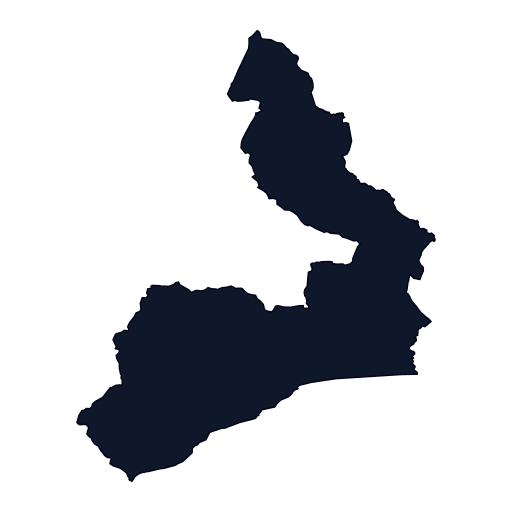 the district of Mfantseman Municipal, Central, Ghana
{"feature_id": "2480657B5340678211162", "entity_name": "Mfantseman Municipal", "entity_type": "district", "adm_level": 2, "iso_a3": "GHA", "parent_name": "Ghana", "parent_adm1": "Central", "projection": "albers", "projection_center": [-1.11, 5.277], "detail": "fine", "context": "isolated", "style": "filled", "palette": "ink", "viewbox_px": 512, "rotation_deg": 0, "n_neighbors": 0, "source": "geoboundaries", "source_scale": "gbopen_adm2", "svg_char_len": 6055}
<svg xmlns="http://www.w3.org/2000/svg" viewBox="0 0 512 512"><path d="M435.0,239.5L434.1,239.9L434.4,236.4L434.1,235.3L431.6,233.2L429.5,233.6L427.1,232.9L426.5,230.0L425.7,230.5L425.3,229.6L424.7,230.0L424.3,228.9L423.6,228.6L419.9,228.8L419.5,228.2L419.3,226.8L418.3,226.3L418.5,225.1L417.6,224.1L418.4,222.1L417.1,220.6L416.5,221.4L415.6,221.0L415.2,221.8L414.7,221.9L414.2,221.5L414.1,220.4L413.7,220.2L409.4,219.5L402.8,215.6L397.1,211.0L396.1,209.9L394.8,206.4L392.8,203.0L393.4,201.0L394.3,200.0L394.3,199.3L392.4,198.4L390.4,196.4L389.9,194.8L389.0,193.8L387.8,193.2L386.3,191.5L384.6,190.9L383.2,189.7L382.0,189.7L380.0,190.8L378.1,190.3L376.2,190.6L374.7,189.6L373.8,188.2L372.4,187.5L371.6,186.5L370.0,185.9L368.3,186.2L367.0,184.8L364.9,183.4L360.6,183.6L359.7,182.6L358.3,179.9L356.3,179.5L355.8,176.4L353.9,175.4L352.5,173.7L350.2,173.3L346.3,170.2L346.1,169.0L344.4,167.9L345.2,161.4L342.3,155.9L344.8,155.2L347.1,153.9L349.1,150.2L351.6,140.9L348.4,123.5L345.7,122.7L342.9,123.3L342.1,121.3L342.1,119.3L343.2,118.1L344.5,117.4L343.4,116.2L343.2,113.6L341.9,112.8L340.5,113.4L339.5,113.1L336.5,113.8L335.1,114.9L333.7,114.2L332.4,114.5L331.6,115.6L330.7,115.6L330.8,114.5L329.4,113.7L329.4,112.7L329.1,112.3L326.7,112.0L325.6,111.2L324.7,111.3L323.2,109.9L318.6,108.4L315.3,105.9L310.9,92.1L312.4,89.9L313.1,87.2L312.8,83.1L311.6,79.0L311.1,78.1L309.4,76.9L307.9,73.2L301.2,70.3L297.8,66.5L296.8,64.8L296.4,63.1L298.2,59.0L298.2,57.5L297.6,56.4L295.7,55.2L293.6,54.9L292.7,54.3L290.3,52.1L288.7,49.5L286.7,48.3L283.3,44.4L281.4,43.3L276.4,42.5L271.0,39.8L262.2,39.0L260.7,37.1L260.2,34.6L259.4,32.5L258.7,31.6L257.2,30.7L252.7,35.7L249.0,38.4L249.1,43.4L248.7,48.4L238.2,70.4L233.3,82.0L231.5,83.7L231.0,87.0L230.1,88.1L227.6,94.0L229.9,97.8L230.6,98.3L232.4,101.0L234.9,100.3L237.5,101.1L243.4,100.8L246.8,100.1L248.8,100.1L250.0,98.8L258.3,100.2L260.7,102.5L259.1,108.2L262.3,110.2L258.3,112.6L255.8,113.1L256.0,114.1L254.8,117.2L250.2,124.6L245.9,132.6L242.5,139.2L241.5,143.1L241.0,147.8L245.4,153.2L247.9,152.6L250.7,154.4L249.4,159.5L249.3,162.9L252.3,166.2L253.7,170.8L255.6,174.8L252.3,177.0L257.8,181.5L259.1,185.9L257.9,187.4L263.9,191.0L266.3,192.9L268.6,196.8L268.7,198.2L269.6,198.7L272.2,198.3L275.8,198.9L276.9,200.0L277.1,204.3L281.0,206.8L284.7,209.9L289.4,210.1L293.6,212.3L297.4,215.2L301.4,221.2L304.8,224.5L308.2,225.6L309.5,225.1L313.5,227.1L315.0,228.2L324.4,232.4L325.5,231.7L326.5,231.6L328.1,231.9L330.5,233.2L339.2,233.9L342.6,237.1L346.2,237.9L353.7,240.9L356.8,240.5L360.1,243.9L357.6,246.9L352.9,258.3L352.8,260.8L352.3,262.0L349.5,264.4L349.3,264.1L345.3,265.2L344.1,264.9L343.0,264.0L337.2,264.2L332.9,263.7L332.0,261.8L328.4,261.5L321.3,261.8L319.3,262.5L316.6,262.2L314.5,263.3L312.2,263.2L310.8,264.2L311.1,266.0L311.8,267.0L312.1,268.6L312.0,270.4L310.9,271.4L309.0,271.8L308.3,273.1L307.2,286.3L304.9,289.4L304.2,292.3L304.8,295.8L306.2,297.6L306.8,300.8L306.5,303.6L308.7,305.9L308.6,307.7L307.4,308.4L304.2,308.3L303.2,307.5L303.3,305.7L299.4,305.7L290.5,307.3L283.2,307.0L278.4,305.7L275.8,306.1L273.1,310.6L271.6,311.9L268.2,311.3L266.1,310.7L264.8,309.7L264.2,308.4L263.3,304.5L259.8,300.6L257.4,299.1L255.5,295.3L251.6,294.8L247.7,293.7L244.0,290.7L242.4,288.7L241.0,288.2L235.2,288.4L234.0,287.4L231.0,286.1L227.0,287.2L222.2,287.7L217.6,289.5L215.6,289.0L211.5,288.8L208.1,287.6L205.3,289.8L202.4,290.7L200.5,291.0L198.3,290.5L195.2,290.6L193.2,291.9L191.0,292.3L188.8,289.9L179.9,284.9L178.4,282.1L175.9,282.6L173.9,284.5L168.8,286.4L163.5,286.1L162.5,286.4L159.5,285.7L152.2,285.4L151.0,286.3L151.8,288.2L147.7,288.9L146.7,293.0L148.1,295.2L146.3,297.8L142.3,297.7L140.3,303.2L141.0,308.8L140.1,311.3L136.2,312.9L134.0,317.1L129.5,322.8L127.7,326.8L128.8,329.5L128.4,330.4L127.5,331.0L125.1,330.3L124.1,330.4L121.6,332.3L116.4,333.7L115.5,334.5L113.2,339.3L113.1,339.8L116.2,346.3L115.9,347.9L115.3,348.4L115.5,348.8L118.9,349.3L119.4,350.7L119.0,352.7L116.3,355.3L116.7,358.5L119.4,363.4L119.4,368.4L120.5,373.7L121.6,375.7L121.1,377.0L121.1,378.0L121.6,379.0L122.3,379.4L122.1,385.4L119.7,384.9L115.6,385.4L111.3,387.8L110.4,387.5L102.7,397.4L96.2,401.0L92.6,403.8L91.6,407.0L90.2,408.5L87.7,408.7L86.4,408.4L84.1,410.3L82.0,410.5L78.9,415.5L77.0,422.5L78.1,423.8L79.8,424.7L85.5,424.3L88.3,426.6L88.5,428.3L86.9,433.8L88.4,435.9L91.2,438.1L92.4,441.0L94.5,443.8L98.5,446.3L100.4,449.9L104.7,455.5L107.5,457.5L108.8,457.5L111.6,458.4L110.6,460.5L110.0,463.7L113.0,465.7L120.6,468.3L123.6,470.7L124.9,471.3L127.3,474.0L127.6,475.9L129.2,477.7L129.1,479.7L131.9,481.3L135.0,476.4L139.2,473.6L142.3,472.4L144.3,472.3L146.5,471.6L147.9,471.6L160.7,468.6L163.9,468.3L175.4,465.2L178.0,463.5L181.9,461.9L183.9,460.5L192.1,452.7L192.3,448.3L194.6,445.9L197.2,444.9L199.5,442.4L205.8,439.8L209.7,432.3L221.4,428.3L225.9,427.9L226.8,427.3L239.5,422.5L254.7,418.6L256.1,417.6L257.1,415.8L258.7,415.4L258.7,413.9L261.0,411.5L261.3,410.3L262.0,409.7L274.6,407.0L275.6,406.1L276.1,404.5L280.6,400.1L288.1,396.9L290.8,394.8L291.0,394.2L291.9,393.6L292.4,392.3L294.7,389.9L297.8,388.9L297.9,388.3L297.2,387.6L297.4,387.0L299.3,385.3L311.0,382.4L336.2,378.6L401.5,374.5L417.2,374.2L417.3,372.7L413.7,369.5L415.1,366.8L414.8,366.0L413.7,365.2L412.2,363.0L413.3,361.6L413.1,360.8L411.5,359.1L411.6,358.2L412.8,358.7L413.4,358.0L412.4,357.1L412.2,356.5L414.6,354.0L414.5,352.5L413.2,351.3L412.2,351.3L410.5,350.5L409.4,349.5L409.3,347.3L409.7,346.4L413.5,344.1L414.1,342.5L416.2,340.8L416.3,339.3L415.4,337.6L415.8,337.1L415.9,336.1L416.9,335.2L417.6,335.3L418.1,329.5L419.3,328.5L419.9,328.5L422.2,326.3L423.9,326.2L424.9,326.7L431.0,321.5L428.1,318.4L426.0,317.1L420.4,312.0L415.8,305.7L411.8,301.1L410.2,298.3L409.8,296.8L407.7,293.6L406.0,293.3L407.1,289.0L407.9,282.4L408.7,280.7L408.9,278.1L409.9,274.9L410.8,275.1L413.6,278.2L419.9,279.5L420.9,276.8L420.8,276.5L423.3,271.1L423.3,267.8L422.5,266.5L420.6,264.8L418.6,260.3L421.0,255.0L421.6,252.2L423.2,249.5L428.3,243.9L429.1,242.5L432.1,240.5L432.9,240.5L433.8,241.4L434.8,240.8L435.0,239.5Z" fill="#0f172a" stroke="#020617" stroke-width="1.5"/></svg>